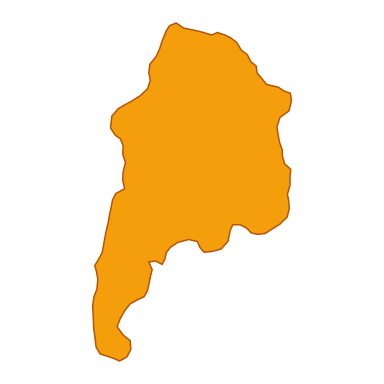 Oratórios, Minas Gerais, Brazil
{"feature_id": "56859067B13192127108265", "entity_name": "Oratórios", "entity_type": "district", "adm_level": 2, "iso_a3": "BRA", "parent_name": "Brazil", "parent_adm1": "Minas Gerais", "projection": "mercator", "projection_center": [-42.797, -20.437], "detail": "fine", "context": "isolated", "style": "filled", "palette": "amber", "viewbox_px": 384, "rotation_deg": 0, "n_neighbors": 0, "source": "geoboundaries", "source_scale": "gbopen_adm2", "svg_char_len": 1520}
<svg xmlns="http://www.w3.org/2000/svg" viewBox="0 0 384 384"><path d="M265.2,233.5L272.1,229.0L279.9,224.1L287.1,217.1L289.2,209.1L288.8,201.3L287.4,194.4L290.0,185.3L290.0,177.7L290.7,169.3L284.6,163.9L282.5,156.5L282.2,149.9L279.4,141.9L278.0,133.9L276.9,127.0L279.9,117.5L289.0,110.8L291.4,101.2L290.4,93.2L283.9,91.0L278.3,87.2L266.5,84.4L262.1,78.9L257.1,73.0L256.1,65.9L251.1,62.1L247.3,54.8L241.1,49.9L236.9,42.7L230.7,37.8L224.2,34.7L217.3,32.5L211.7,35.0L202.9,32.3L195.1,30.4L183.7,28.1L176.1,23.0L169.6,25.6L166.1,31.2L162.4,40.3L159.8,48.3L156.3,56.3L149.8,64.3L148.8,72.8L150.3,80.3L147.7,88.6L140.5,95.5L131.5,101.2L125.2,104.6L118.1,108.8L111.9,116.1L110.5,127.9L115.2,135.2L120.4,138.8L123.2,146.0L122.7,154.1L125.5,162.8L123.2,171.5L122.7,179.7L124.6,188.8L115.8,193.5L112.5,200.1L111.2,207.0L109.6,214.4L108.3,222.2L105.9,232.1L103.6,244.9L102.1,252.9L98.8,258.9L94.8,265.5L96.5,271.8L97.8,279.4L96.9,289.3L94.0,296.5L92.6,306.0L93.3,317.4L93.6,327.8L95.0,337.6L96.1,347.1L100.2,354.0L106.9,356.1L113.2,358.2L119.6,361.0L126.9,356.9L130.8,349.4L130.2,340.7L123.3,335.2L117.1,326.7L120.3,318.5L124.6,310.9L130.2,303.8L137.7,299.6L143.9,296.9L147.4,290.9L148.8,284.7L150.3,277.1L152.1,269.6L148.8,262.0L155.5,260.9L162.1,264.4L165.0,258.9L166.3,252.6L170.6,247.1L177.8,242.4L188.6,239.5L197.3,241.5L200.0,247.5L204.0,252.2L211.7,251.5L221.1,249.1L228.1,241.1L230.0,231.0L232.7,224.8L240.1,224.8L246.7,228.2L251.1,232.8L257.5,234.4L265.2,233.5Z" fill="#f59e0b" stroke="#b45309" stroke-width="1.5"/></svg>